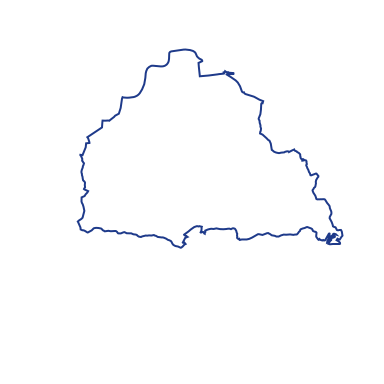 outline of Catcau, Salaj, Romania, rotated 145°
{"feature_id": "2599482B34343100803691", "entity_name": "Catcau", "entity_type": "district", "adm_level": 2, "iso_a3": "ROU", "parent_name": "Romania", "parent_adm1": "Salaj", "projection": "equal_earth", "projection_center": [23.786, 47.241], "detail": "fine", "context": "isolated", "style": "outline", "palette": "blue", "viewbox_px": 384, "rotation_deg": 145, "n_neighbors": 0, "source": "geoboundaries", "source_scale": "gbopen_adm2", "svg_char_len": 5882}
<svg xmlns="http://www.w3.org/2000/svg" viewBox="0 0 384 384"><g transform="rotate(145 192 192)"><path d="M194.5,309.5L195.8,308.6L202.2,301.8L207.0,298.1L211.2,298.6L212.7,298.2L218.4,297.9L218.8,297.8L219.6,298.6L222.2,300.2L224.3,301.8L225.3,300.7L228.7,296.5L246.3,296.9L246.3,295.6L246.5,294.8L247.5,291.6L247.9,291.0L250.8,292.6L253.4,289.6L260.5,285.0L262.1,286.5L262.3,286.3L262.3,284.8L262.9,282.0L263.9,280.9L264.1,280.5L263.9,279.8L264.1,278.9L264.0,277.5L265.5,276.3L266.6,275.7L267.5,274.7L269.6,273.3L270.8,272.2L271.5,271.1L271.8,269.9L272.4,269.1L273.0,267.2L273.8,265.7L274.5,264.0L274.1,262.1L274.3,261.0L275.8,259.2L276.9,257.2L278.5,256.6L278.8,256.4L278.6,255.7L276.6,252.3L278.0,251.6L280.5,251.1L282.3,250.3L285.5,250.9L287.9,247.7L288.4,246.3L288.6,244.5L289.4,242.0L291.0,238.3L296.4,233.7L298.1,233.4L300.8,233.5L302.5,233.3L302.6,232.4L303.7,227.0L304.7,225.2L303.8,223.6L302.8,222.8L302.2,221.9L301.6,220.6L301.1,219.3L300.6,218.6L296.2,218.1L293.5,218.6L292.9,218.5L291.2,217.7L289.3,216.2L287.4,214.2L287.2,213.7L287.0,211.8L286.4,210.9L286.3,210.4L286.0,209.8L282.8,208.2L281.1,206.5L277.1,204.0L276.6,203.4L276.3,202.3L276.3,200.7L275.8,200.1L274.0,198.9L271.3,198.3L270.3,197.8L269.1,195.6L265.5,193.0L264.3,191.0L262.4,189.3L261.8,188.3L261.7,187.3L261.1,185.9L259.6,184.4L258.3,184.2L254.7,182.8L253.9,182.0L252.1,181.1L250.2,179.6L247.9,178.6L247.5,177.7L246.7,176.8L245.8,174.8L242.7,172.0L242.0,171.6L241.2,170.6L240.0,168.7L239.1,166.5L238.2,165.4L237.4,163.8L237.4,162.8L237.7,160.9L237.6,159.3L236.6,157.3L234.7,155.3L233.3,152.9L232.6,152.6L230.9,152.7L228.4,153.3L227.1,153.1L227.3,155.5L229.2,155.5L223.9,158.3L221.5,157.8L221.7,158.3L221.8,159.2L222.8,160.5L223.0,161.3L222.9,161.6L217.5,161.7L214.4,162.0L210.3,162.0L207.8,161.3L207.1,160.8L206.4,160.0L205.6,159.8L203.9,157.9L204.4,157.5L206.3,155.1L208.1,154.0L208.0,153.7L207.6,153.5L206.0,153.0L205.6,152.6L205.5,152.1L205.8,151.1L205.5,150.5L204.6,151.6L204.0,151.6L203.3,152.8L200.6,152.2L199.2,151.7L197.4,150.9L195.5,149.3L192.9,148.2L190.4,145.6L187.8,143.6L185.1,142.0L183.6,141.3L182.4,140.5L181.4,139.2L179.8,139.0L179.1,138.7L178.1,137.6L177.9,137.0L178.0,134.9L178.7,133.1L178.9,131.9L180.1,130.5L180.5,129.5L181.2,128.8L181.4,128.2L181.0,127.0L180.1,126.7L180.1,126.2L180.5,125.6L180.4,125.3L178.3,124.5L174.3,121.7L172.1,120.8L168.9,120.2L162.2,119.6L161.4,119.1L158.9,116.4L154.1,115.2L153.0,114.5L152.9,114.0L152.3,113.0L151.5,110.8L149.3,108.6L148.4,107.1L146.5,105.8L144.0,105.4L141.3,104.5L139.4,103.0L136.0,101.0L133.5,98.7L132.3,98.2L130.7,97.2L130.2,97.1L128.9,97.4L127.0,98.1L126.1,98.1L125.4,98.5L124.9,99.0L124.3,99.1L122.2,98.6L120.4,97.9L118.3,97.5L117.6,97.1L115.3,93.8L114.9,92.9L114.9,92.0L115.2,91.3L115.2,90.6L114.2,89.0L113.6,88.5L113.4,87.9L113.4,87.2L115.6,84.6L115.9,84.0L115.9,81.6L115.9,80.8L115.6,80.1L115.3,80.1L114.6,80.4L114.3,79.2L113.2,77.7L112.7,77.3L112.3,77.5L112.1,77.5L111.6,76.6L111.1,76.2L110.6,76.2L108.9,76.9L103.9,79.3L103.4,79.3L103.2,79.0L103.4,78.6L104.1,78.2L104.2,77.5L104.5,77.1L105.3,76.8L106.0,76.4L107.0,75.3L108.9,74.5L110.2,73.2L109.3,73.1L106.9,74.2L104.4,75.7L103.2,75.9L101.8,75.9L100.4,76.6L99.6,76.4L98.4,74.9L98.3,74.3L98.9,75.0L99.5,75.4L100.8,75.1L100.9,74.8L100.6,74.1L100.5,73.6L100.8,73.3L101.2,73.3L102.8,73.7L102.9,73.9L102.2,74.2L102.2,74.6L103.1,75.1L103.7,75.2L104.1,74.8L103.9,74.2L104.8,73.6L105.7,72.7L106.7,72.7L110.0,71.4L109.4,70.5L108.9,70.0L106.6,68.7L101.0,64.8L100.4,64.7L99.9,65.5L99.9,66.2L100.4,67.9L101.2,69.6L99.6,70.3L98.7,68.6L98.2,68.3L95.4,69.5L93.8,69.9L92.1,73.4L91.8,74.8L91.8,75.5L93.2,76.4L94.1,76.7L94.9,77.4L95.1,77.8L95.1,78.2L94.9,78.9L94.7,80.7L95.0,81.2L95.6,81.7L95.8,82.4L96.2,83.0L95.5,84.7L94.8,87.4L94.3,91.6L93.4,92.6L90.4,94.1L89.4,95.5L89.0,96.5L88.4,99.5L87.4,101.5L87.4,103.3L87.6,105.4L87.4,109.3L87.5,109.8L88.0,110.4L93.6,114.1L94.1,114.9L94.0,115.5L93.7,116.1L93.1,118.3L93.0,121.7L92.6,123.4L92.3,124.2L91.9,124.5L91.0,124.7L89.7,125.4L88.4,125.5L87.8,125.8L85.5,128.0L84.8,129.3L83.4,130.6L80.8,131.8L79.8,132.0L79.3,132.6L79.5,135.6L79.8,136.0L84.9,137.3L85.3,137.8L84.7,139.8L84.7,141.2L84.0,143.6L83.9,145.2L83.5,146.4L83.2,148.2L82.9,148.6L81.9,149.0L81.4,150.3L80.7,151.3L80.5,152.0L80.5,152.4L81.3,153.4L83.4,154.2L83.7,154.4L83.5,154.7L83.3,154.9L82.6,154.7L82.4,154.2L82.0,154.3L81.9,154.5L82.2,155.3L83.4,155.9L83.5,156.7L83.4,157.9L82.9,158.6L82.8,159.2L81.9,160.6L81.8,161.0L82.1,162.7L83.0,164.6L83.0,165.3L83.9,166.5L84.1,167.5L83.9,168.2L86.5,168.7L89.6,169.1L89.5,169.4L89.9,170.1L90.8,170.8L92.6,171.5L93.8,171.6L96.4,173.1L98.4,173.9L99.8,175.3L100.8,176.5L101.7,178.0L102.3,180.4L102.5,180.7L99.7,186.5L99.1,189.6L99.7,190.8L100.1,193.4L101.3,198.6L102.7,200.9L101.5,202.2L100.7,202.6L99.1,204.3L98.4,206.4L97.7,207.3L97.3,208.4L97.0,209.5L96.3,210.9L95.8,211.5L95.6,213.3L95.2,214.0L91.4,216.5L88.3,219.9L84.7,224.5L84.0,224.8L83.3,224.2L81.6,225.6L83.8,228.9L86.1,233.6L86.7,234.7L91.9,241.4L92.4,242.5L92.5,243.5L92.3,243.8L93.2,244.5L93.4,244.9L93.4,245.9L92.0,251.1L91.7,255.4L92.2,258.3L94.3,264.0L96.2,268.4L96.0,268.5L94.5,267.6L90.4,264.9L90.2,265.0L89.9,265.7L93.2,268.4L93.7,269.5L94.4,269.8L95.2,270.8L95.6,272.0L96.5,271.4L96.7,271.6L97.2,271.1L97.7,271.6L98.2,270.8L102.5,273.2L103.4,273.6L111.6,277.9L119.2,282.3L114.6,290.6L112.6,294.0L108.6,293.3L108.4,293.5L108.2,294.7L109.5,297.1L110.0,299.2L110.1,300.3L109.4,303.7L109.5,305.1L110.3,307.0L112.2,309.4L115.7,312.5L117.3,313.5L128.4,319.1L129.6,319.3L130.7,319.0L131.2,318.5L134.4,314.3L135.9,312.7L137.3,311.7L139.2,311.0L140.2,310.9L142.0,311.0L143.7,311.6L144.7,312.2L145.7,312.9L151.5,317.8L152.9,318.7L155.3,319.0L157.8,318.7L160.1,317.3L161.7,315.9L164.8,312.2L169.3,307.7L174.0,304.7L178.1,302.9L179.8,302.5L181.5,302.4L183.7,302.7L185.3,303.2L186.8,304.0L189.5,305.4L191.2,306.5L193.9,308.7L194.5,309.5Z" fill="none" stroke="#1e3a8a" stroke-width="2"/></g></svg>